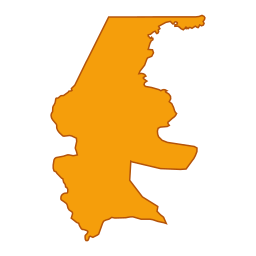 Quiché, Mercator projection
{"feature_id": "GTM-3467", "entity_name": "Quiché", "entity_type": "Department", "adm_level": 1, "iso_a3": "GTM", "parent_name": "Guatemala", "parent_adm1": "", "projection": "mercator", "projection_center": [-90.931, 15.443], "detail": "fine", "context": "isolated", "style": "filled", "palette": "amber", "viewbox_px": 256, "rotation_deg": 0, "n_neighbors": 0, "source": "natural_earth", "source_scale": "10m", "svg_char_len": 3609}
<svg xmlns="http://www.w3.org/2000/svg" viewBox="0 0 256 256"><path d="M108.7,17.0L109.7,17.0L133.2,17.0L156.8,16.9L180.3,16.9L195.6,16.9L199.0,16.5L202.0,15.4L204.0,16.4L204.9,17.8L204.5,19.5L203.1,21.5L204.1,23.4L203.4,25.0L201.6,25.8L199.6,25.0L199.3,25.9L198.7,26.7L198.4,27.5L197.4,27.5L195.3,26.2L192.0,28.3L190.3,27.5L189.1,27.5L188.4,28.6L187.9,28.7L186.7,27.5L186.3,28.1L186.1,28.7L185.9,28.6L185.6,27.5L184.9,28.3L183.8,29.3L183.3,29.8L181.0,28.7L179.5,27.2L177.8,26.2L174.9,26.3L174.9,25.0L175.7,24.7L176.6,24.2L177.3,23.9L177.3,22.6L176.2,21.9L175.2,21.8L174.4,22.5L173.8,23.9L172.7,23.9L170.3,21.4L165.8,22.4L158.6,26.3L159.9,28.7L158.3,29.8L158.4,30.5L158.7,31.5L158.1,32.9L156.9,33.6L156.1,32.9L155.5,31.7L155.1,31.2L153.2,32.0L150.5,34.3L148.2,34.8L148.2,36.1L148.9,36.7L150.4,38.4L151.6,37.2L151.9,37.8L151.8,38.1L152.0,38.3L152.9,38.4L152.9,39.7L151.2,40.9L149.9,43.5L148.2,49.4L152.5,49.8L153.5,52.8L151.7,56.3L147.6,57.9L146.9,59.0L144.6,65.2L140.0,71.1L138.9,73.7L141.1,73.4L143.1,73.7L144.7,74.5L145.9,76.1L145.0,76.5L144.3,77.1L143.4,77.4L143.4,78.5L146.0,80.5L146.9,81.1L144.6,82.7L144.0,84.7L145.3,86.4L151.6,87.5L158.9,89.6L160.9,90.7L162.3,89.9L163.9,89.6L165.4,89.9L166.8,90.7L166.2,90.9L165.8,90.9L165.5,91.1L165.6,92.0L168.8,94.0L170.5,96.3L170.7,98.9L169.2,101.7L171.7,103.6L173.5,107.3L174.6,110.9L175.5,112.5L176.6,113.5L175.5,115.6L173.6,117.5L172.7,118.0L167.9,122.3L167.9,123.5L169.3,125.4L167.2,126.5L160.4,127.1L158.1,128.3L157.4,131.1L157.7,134.3L158.6,136.8L162.1,140.3L167.4,142.4L194.3,146.5L197.0,148.0L196.9,151.6L195.3,155.7L193.7,158.7L192.5,160.2L186.1,169.0L180.5,169.4L160.5,168.6L132.2,161.9L130.8,161.2L129.7,180.3L142.4,196.9L157.8,206.5L157.7,207.4L157.0,211.2L160.0,214.4L161.2,215.4L162.3,216.2L163.6,217.3L164.3,219.0L166.3,223.5L163.9,222.7L157.8,221.4L152.8,219.7L149.9,219.2L141.1,219.2L132.9,216.8L130.3,216.9L127.9,217.3L125.9,217.7L114.8,218.0L111.7,217.4L108.9,219.2L106.0,220.0L104.3,220.8L104.0,221.0L103.6,221.3L102.6,223.1L98.7,234.0L97.5,235.0L92.9,237.3L90.1,236.2L89.3,236.7L88.6,239.1L88.4,239.5L88.2,239.9L88.0,240.2L87.6,240.5L87.2,240.6L86.6,240.6L86.1,240.6L85.7,240.1L85.3,239.3L85.1,237.4L85.1,236.4L85.2,235.7L85.4,235.3L86.9,233.8L87.4,233.0L87.8,232.2L87.9,231.8L87.6,231.2L86.8,230.6L84.8,229.9L83.9,229.6L83.2,229.5L82.7,229.5L82.2,229.4L81.2,228.6L79.5,225.7L78.7,223.3L76.6,222.4L71.2,218.1L71.6,217.0L72.5,214.0L72.5,212.9L72.0,211.9L69.2,210.0L68.0,208.1L67.2,204.9L66.7,204.0L66.4,203.5L63.3,201.2L61.5,200.0L61.2,199.7L61.0,199.3L60.9,198.7L60.9,198.2L61.0,196.8L61.4,195.7L62.0,194.8L63.4,193.7L64.2,193.4L65.0,193.2L66.8,193.1L67.3,192.8L67.7,192.1L67.8,190.3L67.8,189.4L66.7,187.4L65.6,187.0L65.3,184.6L63.6,182.2L62.8,178.7L61.6,178.2L56.9,173.3L56.3,172.1L54.0,170.9L53.2,168.2L53.2,165.0L54.0,160.0L54.8,158.5L56.1,157.6L63.5,156.2L67.4,154.9L69.0,154.9L73.1,155.7L74.6,155.5L77.3,154.9L76.4,151.3L75.4,148.7L75.3,147.7L76.7,141.4L76.4,138.2L71.6,135.9L69.5,135.5L64.5,136.1L63.5,136.1L62.8,135.9L59.6,132.9L58.6,131.7L57.6,130.2L56.9,128.5L56.7,127.5L56.7,125.3L56.5,124.7L56.3,124.2L52.8,120.0L52.3,119.2L52.1,118.8L51.9,118.5L51.5,117.7L51.4,117.2L51.3,116.7L51.1,115.6L51.1,115.1L51.2,114.5L51.3,114.0L51.6,113.2L52.6,111.6L52.8,107.5L53.0,106.8L53.4,105.8L54.0,105.0L55.0,103.0L55.4,101.3L55.7,99.2L56.0,98.4L56.5,98.1L57.1,98.2L57.7,98.1L58.4,97.8L60.5,96.0L60.9,95.8L61.4,95.7L61.9,95.6L63.0,95.6L63.6,95.5L68.2,92.2L68.8,91.2L69.5,91.1L71.0,90.9L71.6,90.7L72.0,90.4L71.8,90.0L71.6,89.7L71.4,88.5L74.6,85.4L75.0,84.8L86.1,62.1L87.8,58.9L108.7,17.0Z" fill="#f59e0b" stroke="#b45309" stroke-width="1.5"/></svg>